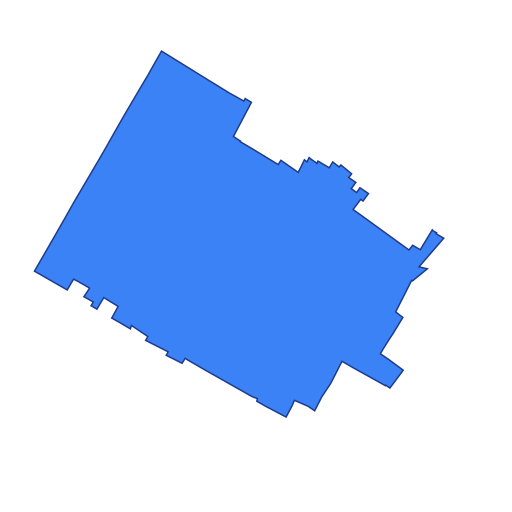 Calakmul, Campeche, Mexico (Natural Earth projection), rotated 120°
{"feature_id": "50627088B56172328383937", "entity_name": "Calakmul", "entity_type": "district", "adm_level": 2, "iso_a3": "MEX", "parent_name": "Mexico", "parent_adm1": "Campeche", "projection": "natural_earth1", "projection_center": [-89.72, 18.488], "detail": "fine", "context": "isolated", "style": "filled", "palette": "blue", "viewbox_px": 512, "rotation_deg": 120, "n_neighbors": 0, "source": "geoboundaries", "source_scale": "gbopen_adm2", "svg_char_len": 3232}
<svg xmlns="http://www.w3.org/2000/svg" viewBox="0 0 512 512"><g transform="rotate(120 256 256)"><path d="M125.8,440.3L149.6,440.1L153.4,440.0L158.4,440.1L166.2,440.2L199.2,440.5L199.6,440.5L215.5,440.4L218.1,440.4L219.1,440.4L228.0,440.3L235.4,440.2L236.0,440.2L242.4,440.2L252.2,440.2L257.1,440.3L260.3,440.3L300.7,440.6L318.9,440.4L338.7,440.3L339.4,440.3L340.0,440.3L341.4,440.3L343.2,440.3L344.5,440.3L346.1,440.3L347.4,440.4L349.7,440.3L352.1,440.3L353.9,440.3L355.5,440.3L357.2,440.3L358.3,440.3L361.2,440.3L362.4,440.3L363.5,440.3L366.0,440.3L367.6,440.3L368.8,440.3L371.1,440.3L379.9,440.3L379.8,406.2L379.8,402.5L370.9,402.5L368.2,402.4L367.3,402.4L367.1,399.2L367.0,397.1L367.0,393.9L367.0,392.7L367.0,391.8L367.0,391.7L367.0,387.8L367.0,387.2L367.0,386.5L367.0,385.8L367.1,384.0L369.6,384.2L370.3,384.2L377.3,384.7L377.2,378.5L377.2,378.4L377.2,377.9L377.2,377.6L377.2,377.1L377.2,375.9L377.2,373.9L381.5,374.0L381.5,372.9L381.5,368.7L381.6,367.2L379.9,367.2L373.6,367.1L368.1,367.0L368.6,350.2L377.0,350.0L381.9,349.9L381.8,341.6L381.9,328.4L378.4,329.2L379.8,309.4L384.3,309.4L382.9,284.2L384.9,284.1L386.9,284.1L386.2,272.3L386.0,268.0L385.9,266.4L383.9,266.3L380.1,266.2L380.2,259.6L380.2,239.2L379.8,197.7L379.8,191.4L379.7,189.1L379.6,188.2L379.4,186.8L378.8,183.5L381.4,182.7L381.3,170.7L381.1,168.2L380.8,158.8L380.4,149.4L366.9,149.9L361.8,150.6L360.1,135.8L360.7,127.8L345.0,128.6L329.3,127.6L318.8,128.1L304.2,128.9L304.2,115.8L303.7,84.8L303.6,79.0L303.0,79.0L303.4,74.0L281.3,71.4L279.3,88.9L278.5,99.4L272.4,99.4L260.3,98.9L253.9,98.5L235.8,98.1L234.6,107.1L208.6,108.5L199.3,109.0L199.3,108.0L181.4,101.2L183.9,109.4L146.7,102.3L146.7,107.2L146.7,111.2L145.6,111.2L145.7,115.4L145.4,115.8L145.2,116.4L168.4,116.9L168.4,125.7L174.3,126.5L173.0,138.9L168.6,181.3L167.2,195.2L161.7,194.5L161.2,194.4L160.1,194.3L158.5,194.1L157.4,194.0L156.8,193.9L155.8,193.8L154.6,193.6L154.8,191.8L154.9,190.8L153.3,190.6L151.5,190.5L149.8,190.3L147.6,190.0L145.7,189.8L145.4,193.4L145.3,195.1L145.2,197.0L145.0,198.9L145.0,200.1L150.7,200.6L150.6,201.9L150.2,205.6L150.1,206.6L150.1,207.2L148.0,206.9L146.7,206.8L145.7,206.7L145.1,206.6L144.6,206.6L144.2,206.5L143.8,206.5L143.3,206.4L142.9,206.4L142.4,206.3L141.8,213.8L141.7,215.0L141.0,214.9L140.5,214.8L139.4,214.6L138.4,214.4L138.2,214.4L137.0,214.3L136.8,215.5L136.3,218.6L136.1,219.5L135.9,220.7L135.6,222.6L135.2,225.2L134.7,228.0L135.6,228.2L136.4,228.3L136.5,228.4L137.2,228.5L137.3,228.5L136.9,231.7L136.8,232.1L136.6,233.6L136.2,236.5L137.0,236.5L137.9,236.6L138.7,236.6L143.0,236.7L143.0,236.8L143.0,237.2L143.0,237.8L142.9,238.6L142.9,239.3L142.9,240.1L142.9,241.5L142.9,242.7L142.9,243.3L142.9,244.1L142.9,244.4L142.9,245.0L142.9,245.4L142.8,246.2L142.8,246.6L142.8,247.4L142.8,248.3L142.8,248.6L142.8,249.8L143.2,249.8L143.9,249.7L144.6,249.6L145.0,249.6L145.3,249.5L145.1,251.1L145.0,252.5L144.9,254.2L144.8,255.1L144.7,255.9L144.5,257.3L144.4,258.3L144.2,259.2L149.0,258.9L148.5,262.2L156.3,261.6L162.5,261.3L161.3,275.1L160.7,282.3L165.7,282.5L165.2,305.7L165.0,312.4L164.9,326.8L164.3,326.8L163.8,335.3L125.2,336.8L125.1,344.1L127.9,344.0L128.2,361.0L127.9,369.4L127.5,385.2L125.8,440.3Z" fill="#3b82f6" stroke="#1e3a8a" stroke-width="1.5"/></g></svg>